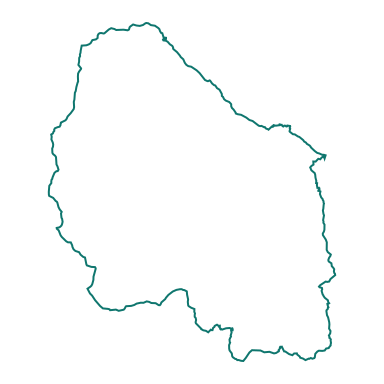 Bucuresci, Hunedoara, Romania
{"feature_id": "2599482B97237665076165", "entity_name": "Bucuresci", "entity_type": "district", "adm_level": 2, "iso_a3": "ROU", "parent_name": "Romania", "parent_adm1": "Hunedoara", "projection": "albers", "projection_center": [22.958, 46.121], "detail": "fine", "context": "isolated", "style": "outline", "palette": "teal", "viewbox_px": 384, "rotation_deg": 0, "n_neighbors": 0, "source": "geoboundaries", "source_scale": "gbopen_adm2", "svg_char_len": 5904}
<svg xmlns="http://www.w3.org/2000/svg" viewBox="0 0 384 384"><path d="M264.3,352.3L269.4,351.8L274.0,353.4L276.0,353.0L278.8,351.3L279.0,350.9L278.6,350.2L280.3,348.0L279.9,347.5L280.2,346.8L280.9,346.7L281.3,347.1L281.9,346.8L284.1,351.4L285.3,351.5L289.1,354.1L292.4,355.2L294.1,353.5L296.9,353.4L297.2,354.5L299.8,356.6L300.2,357.7L302.9,358.5L305.5,360.1L308.8,358.6L309.3,358.8L310.8,358.0L312.4,358.7L314.3,358.1L314.8,357.3L315.3,353.8L317.4,351.5L318.9,350.7L322.4,350.9L324.7,350.5L326.2,348.5L328.7,348.1L328.9,347.5L330.6,345.5L330.5,345.2L331.0,342.9L330.6,340.5L330.8,339.4L329.9,338.1L329.4,337.9L329.3,336.3L328.9,335.5L330.2,333.4L330.5,331.0L329.1,328.6L329.4,324.4L329.2,322.1L328.1,317.4L327.0,315.2L326.4,311.1L326.5,310.3L327.8,308.9L327.9,307.5L328.4,307.3L327.5,304.8L327.4,303.9L328.3,303.8L329.1,303.2L328.3,302.4L327.9,300.3L324.7,297.7L323.5,295.9L323.2,295.1L322.7,294.6L321.6,290.8L322.2,289.2L321.9,287.9L319.6,287.3L319.0,286.6L320.2,285.2L325.6,281.6L327.3,281.9L329.2,281.5L330.5,279.0L335.2,275.1L334.9,273.6L334.4,273.2L333.9,271.5L334.2,269.2L333.3,267.8L331.8,266.2L331.4,263.3L329.0,261.7L328.4,260.8L328.4,259.7L329.1,257.8L330.4,255.9L330.8,254.5L327.8,252.1L326.7,249.9L326.8,242.3L325.8,239.6L322.9,235.1L322.8,233.5L323.9,231.6L324.4,229.8L324.5,224.6L323.4,222.8L323.5,221.4L323.1,220.2L324.0,215.3L323.5,214.1L322.9,210.3L323.3,208.9L323.7,204.5L324.0,203.5L323.6,202.8L323.5,201.1L322.8,200.0L322.7,199.2L321.2,197.4L319.9,194.0L320.4,191.5L318.3,190.8L318.5,190.2L319.5,190.2L319.4,188.6L319.0,188.6L318.9,187.8L317.4,187.9L316.9,185.2L317.1,183.2L316.1,183.1L316.3,180.9L315.5,177.7L315.2,174.7L314.7,173.1L311.4,170.3L310.2,167.4L311.4,166.0L313.5,164.6L313.3,161.5L315.6,161.6L318.3,158.8L320.3,159.3L321.5,157.7L323.9,156.0L324.0,156.4L323.4,157.2L324.4,157.7L324.6,158.4L325.6,155.3L323.9,154.8L321.9,154.7L319.4,153.5L317.2,152.9L314.7,151.0L310.8,147.3L310.6,146.6L309.6,145.5L306.8,143.8L306.0,142.6L304.1,141.5L303.3,140.2L299.3,136.9L298.0,136.5L294.8,134.4L292.9,134.2L290.0,131.9L289.6,131.5L289.7,130.4L290.2,128.8L289.7,128.2L289.7,127.8L290.2,126.7L290.1,126.0L287.7,125.6L287.7,126.0L286.7,126.5L286.0,126.3L285.7,125.8L284.3,125.6L283.4,126.5L282.6,126.2L281.7,124.8L280.8,124.9L279.8,124.3L279.5,124.4L279.5,125.2L275.7,125.7L273.6,125.1L273.3,125.4L273.7,126.2L273.2,126.6L272.2,126.5L272.2,126.9L271.2,127.1L268.5,129.7L267.7,129.1L266.2,128.7L264.8,127.1L264.3,127.3L261.5,125.9L260.3,126.1L258.7,125.7L252.6,121.0L249.4,120.0L246.3,117.6L241.1,114.8L237.6,114.2L235.8,113.5L235.7,112.7L233.6,109.6L231.9,107.9L231.2,106.2L231.2,104.3L230.9,103.8L229.2,102.0L225.8,100.6L224.1,99.2L223.0,96.9L221.9,96.0L221.8,93.9L219.5,89.7L217.0,88.1L215.3,85.5L214.0,85.1L212.1,83.5L210.1,80.6L209.5,80.4L208.3,81.1L207.4,81.1L205.0,80.0L199.6,73.1L196.6,70.3L191.2,66.7L188.2,66.1L186.3,64.8L184.8,62.8L183.3,59.3L180.7,57.0L179.9,55.6L177.0,52.1L173.4,49.1L173.1,48.5L173.1,47.4L172.3,45.9L169.9,44.3L167.6,41.7L165.8,40.7L163.4,40.4L163.0,39.7L163.5,39.0L166.0,38.8L166.0,37.8L163.6,37.5L162.3,33.2L161.1,32.9L160.0,31.1L159.4,29.2L158.4,28.1L154.9,25.7L150.9,25.1L148.3,23.3L146.3,23.0L145.4,23.3L143.0,25.0L139.8,25.9L136.4,25.5L133.1,24.5L130.3,26.5L129.6,27.3L129.0,29.5L127.7,30.3L123.5,29.7L116.2,30.0L114.4,29.0L111.2,28.2L108.8,29.5L104.4,33.3L103.7,33.5L101.1,33.0L99.6,33.2L98.5,34.0L97.7,35.5L97.6,38.0L95.9,39.4L92.4,40.1L90.6,43.2L88.8,44.4L86.3,45.3L81.7,45.6L80.7,50.7L80.5,52.8L79.9,54.5L80.1,56.1L79.2,57.9L79.1,61.7L78.4,64.9L81.1,68.4L81.0,69.0L79.0,71.7L78.1,73.5L77.9,76.5L78.1,81.7L77.7,82.3L76.4,87.0L75.7,91.1L74.9,92.7L74.4,99.5L73.8,101.9L74.1,107.1L73.7,109.1L70.6,113.3L67.6,116.5L66.6,118.9L65.5,120.3L60.9,122.6L60.9,123.3L60.5,124.2L60.5,125.1L59.6,126.7L57.5,127.2L54.9,128.3L54.2,129.6L54.3,130.9L53.4,131.9L53.1,133.0L52.7,133.6L51.2,134.5L51.7,136.8L51.4,139.4L52.8,142.6L53.2,144.5L53.0,146.6L52.2,148.6L52.4,152.9L53.2,154.2L55.1,155.7L56.0,157.1L56.5,164.5L57.5,166.4L58.5,169.7L57.7,171.1L56.4,171.2L54.5,172.8L52.6,177.3L52.2,179.0L51.6,179.6L51.3,181.2L51.3,183.1L49.3,185.8L48.8,191.9L48.9,194.8L49.2,195.9L53.2,197.9L55.7,201.0L56.8,201.7L57.3,202.5L58.5,207.1L59.7,209.4L61.7,211.9L61.0,213.4L61.5,217.8L62.1,218.8L62.6,221.8L62.1,224.0L61.5,225.5L60.3,226.7L59.2,227.4L56.7,227.9L56.8,228.7L58.7,230.4L60.6,235.3L61.9,237.1L66.2,241.3L67.9,242.3L70.8,242.4L72.2,245.4L72.4,246.8L73.5,249.2L74.7,250.4L75.5,251.0L79.1,252.2L80.6,254.7L83.2,256.9L85.0,257.5L86.4,264.4L86.9,265.4L91.4,266.9L95.0,267.1L95.6,268.1L95.7,268.7L93.5,276.7L93.4,279.9L92.3,284.0L91.5,285.6L90.4,286.7L87.5,288.7L90.0,293.5L92.1,295.6L95.1,300.2L100.1,306.0L102.9,308.4L108.0,308.9L109.5,309.3L110.1,310.2L115.9,309.6L118.7,310.8L123.7,309.7L124.7,308.6L125.7,306.6L126.2,306.2L131.2,305.9L134.2,305.0L136.6,303.6L140.8,302.7L143.5,302.8L146.7,301.4L149.2,301.9L151.3,303.0L155.7,303.2L158.6,305.1L159.8,305.2L160.5,304.5L161.4,302.4L165.2,299.1L166.0,297.7L168.4,294.9L172.8,291.5L176.4,289.9L180.0,289.2L181.7,289.2L183.0,289.9L184.4,290.1L186.8,291.4L187.1,294.8L188.1,299.4L187.8,301.9L188.2,305.4L188.6,306.1L191.3,307.8L194.4,309.0L194.3,311.8L195.0,313.5L194.7,314.9L194.7,316.8L195.7,318.0L196.1,320.0L195.6,322.2L195.9,323.3L201.4,328.9L201.3,329.2L203.3,330.3L205.9,330.8L208.2,332.3L210.8,329.7L211.4,330.1L212.5,330.1L213.1,327.9L214.4,326.9L214.7,325.9L217.0,324.7L218.7,325.9L219.8,325.7L219.8,327.0L219.3,327.1L220.0,328.0L220.3,329.1L220.7,329.4L221.2,329.0L222.1,329.6L226.0,328.3L229.5,328.0L231.4,328.6L233.2,328.1L232.3,328.6L232.7,329.4L232.6,330.3L231.1,330.4L231.6,332.4L230.7,335.5L231.0,336.5L230.1,338.1L229.5,339.6L229.8,342.3L230.1,342.6L229.1,345.1L229.2,348.8L229.6,350.5L231.8,353.4L232.2,356.2L232.8,357.2L235.2,358.9L236.3,359.1L237.3,360.1L238.6,360.0L241.1,360.8L243.3,361.0L245.8,357.9L249.4,352.5L252.0,350.2L260.5,350.5L264.3,352.3Z" fill="none" stroke="#0f766e" stroke-width="2"/></svg>